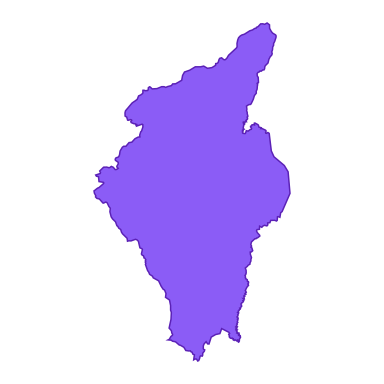 Renacimiento, Chiriquí, Panama
{"feature_id": "35544464B69135506248692", "entity_name": "Renacimiento", "entity_type": "district", "adm_level": 2, "iso_a3": "PAN", "parent_name": "Panama", "parent_adm1": "Chiriquí", "projection": "natural_earth1", "projection_center": [-82.783, 8.748], "detail": "fine", "context": "isolated", "style": "filled", "palette": "violet", "viewbox_px": 384, "rotation_deg": 0, "n_neighbors": 0, "source": "geoboundaries", "source_scale": "gbopen_adm2", "svg_char_len": 6016}
<svg xmlns="http://www.w3.org/2000/svg" viewBox="0 0 384 384"><path d="M269.5,24.8L267.1,23.0L264.7,24.3L262.8,23.8L260.6,23.9L258.0,26.7L256.5,27.3L256.3,28.0L254.4,28.6L252.6,29.9L249.8,30.8L244.4,34.2L241.8,35.0L240.2,36.0L238.6,37.7L237.7,40.0L237.0,43.4L237.1,46.7L236.5,47.9L228.6,55.2L226.9,58.1L225.4,59.6L224.5,59.8L223.6,59.5L221.6,57.8L219.8,58.3L219.1,59.3L218.1,62.6L216.8,63.5L215.7,63.6L215.5,65.4L211.9,67.6L207.5,68.3L203.7,66.1L200.6,66.8L195.3,66.8L189.7,70.2L184.5,72.0L182.6,75.4L181.7,80.3L175.6,83.8L172.7,83.9L171.4,85.6L167.5,86.6L165.8,87.4L164.1,86.7L161.6,86.7L157.0,88.6L152.2,88.9L150.2,87.0L149.5,86.8L148.3,87.8L148.3,89.3L147.7,90.5L145.1,90.7L144.0,90.2L142.9,90.3L142.9,92.8L142.6,93.5L140.8,94.9L138.6,95.9L137.2,99.4L132.1,103.0L125.5,110.8L125.0,112.9L125.1,116.1L126.7,117.1L127.6,120.1L128.2,120.3L130.6,119.6L131.5,119.9L131.7,120.5L130.8,121.7L131.2,122.6L133.9,123.7L135.7,123.9L135.8,124.9L136.8,124.7L136.6,126.1L142.1,124.2L142.8,124.6L142.9,126.9L141.6,130.9L140.7,131.9L139.7,135.1L139.9,136.9L138.1,137.1L135.0,138.7L131.8,142.2L129.0,142.6L125.9,146.3L123.6,146.3L122.3,147.3L120.1,151.0L119.5,154.9L118.8,156.5L118.2,157.1L116.1,157.8L115.5,158.4L115.2,159.7L115.5,160.4L118.2,162.3L118.2,163.9L116.8,166.3L117.0,167.2L118.2,168.3L117.6,168.8L116.1,169.6L115.2,169.6L113.3,167.3L111.3,166.4L109.9,167.5L108.9,167.7L106.7,167.1L103.6,167.2L99.7,171.0L100.5,172.6L100.2,173.5L95.7,175.0L96.4,176.2L98.5,176.7L99.0,181.6L103.3,182.3L103.8,183.0L103.2,183.9L98.9,187.6L97.6,188.1L94.0,190.9L94.4,193.2L95.8,195.8L95.5,196.9L96.9,198.4L99.4,199.0L102.9,203.0L103.6,203.1L105.6,202.1L106.7,202.4L107.3,203.1L108.8,206.3L110.3,208.3L109.9,211.8L111.2,216.9L112.6,219.0L115.5,221.8L116.9,225.7L117.8,226.4L118.8,228.2L120.7,229.5L121.5,232.2L122.6,233.9L127.1,238.3L127.5,241.2L128.9,240.8L131.0,240.9L135.5,239.3L136.9,239.8L138.4,241.3L139.9,247.8L142.0,248.8L142.4,249.5L141.4,254.0L142.3,255.3L143.4,255.7L144.0,257.2L143.9,257.8L144.8,258.2L145.8,259.8L145.3,260.9L145.7,261.4L145.3,262.2L145.8,263.3L145.4,264.4L147.6,270.6L148.7,272.1L149.6,274.3L152.5,276.2L153.2,277.8L158.6,280.8L161.2,286.3L163.2,289.3L164.4,289.9L164.8,290.6L166.0,293.6L165.5,297.3L169.5,300.0L170.6,305.6L170.6,310.2L171.3,312.2L171.3,313.4L171.0,319.3L169.1,328.1L171.4,330.7L171.8,333.0L172.6,334.3L172.4,335.3L170.9,336.5L169.3,339.3L168.1,339.9L171.2,340.2L172.5,341.2L175.5,341.8L179.2,345.0L180.5,345.3L183.9,347.3L185.8,350.5L189.1,351.0L190.3,350.8L191.1,351.9L192.1,352.2L192.8,354.1L194.4,354.8L193.7,359.8L194.9,359.1L196.1,359.0L196.7,359.3L197.7,361.0L198.7,360.6L199.5,358.8L200.1,356.3L200.6,355.9L202.3,356.1L202.7,355.2L202.7,353.3L204.4,351.1L204.7,349.8L203.6,349.3L203.3,348.8L203.3,345.9L204.1,343.9L206.1,341.7L207.6,343.9L209.0,344.0L211.2,337.1L215.7,334.5L219.9,333.6L221.7,328.6L228.9,332.3L229.6,333.5L228.7,334.3L229.5,336.1L229.2,336.8L230.3,338.1L231.5,338.4L232.1,338.1L232.5,338.7L233.2,338.7L233.2,339.8L234.2,340.4L234.9,339.7L236.9,341.0L237.3,340.0L237.8,339.9L238.0,340.3L237.7,341.1L238.7,341.3L238.3,342.7L239.3,341.2L239.5,339.0L240.5,337.4L240.3,335.8L239.4,335.8L239.2,335.1L238.6,335.2L238.6,334.5L239.3,334.4L238.9,333.0L237.7,333.5L236.8,333.0L237.4,332.3L236.8,331.7L237.0,331.0L236.2,330.6L236.2,330.1L237.0,329.7L236.0,329.2L236.6,328.6L236.0,328.0L236.6,327.8L236.4,327.2L237.1,327.2L237.4,326.8L236.3,326.3L236.9,326.0L236.6,325.0L237.3,324.2L236.9,323.3L237.8,322.5L237.3,321.6L237.8,320.2L237.4,319.3L238.2,318.9L237.9,317.6L237.4,317.5L237.5,317.0L237.1,316.8L238.0,315.5L237.7,314.6L238.2,314.2L238.7,312.9L237.7,312.5L238.3,311.9L238.3,311.0L239.1,310.6L239.3,309.6L240.1,309.2L239.8,308.2L240.5,308.3L240.9,307.0L241.6,306.4L241.3,305.8L241.6,305.2L241.2,304.9L241.0,303.9L241.9,302.7L242.5,302.6L243.3,301.6L242.9,300.6L243.8,300.5L244.0,299.3L243.3,298.6L244.3,298.7L243.9,296.7L244.7,296.3L244.1,295.6L245.8,294.3L245.0,293.6L246.2,292.6L245.7,292.0L246.0,291.4L245.3,290.5L246.8,287.4L248.5,285.3L248.0,284.6L248.3,284.1L248.0,283.3L248.6,282.8L248.4,281.6L247.4,281.3L247.2,279.6L245.7,278.8L245.8,278.2L245.3,277.8L245.4,276.1L245.0,275.4L245.8,274.5L245.7,274.0L246.2,273.1L246.1,270.3L245.3,268.0L247.5,266.2L247.9,265.4L250.0,264.1L250.0,262.9L250.9,261.0L250.9,259.4L251.5,257.6L250.4,254.4L250.2,252.1L251.5,251.9L252.7,250.7L251.9,247.9L250.9,247.1L251.6,246.1L250.8,244.5L251.5,241.9L254.9,238.7L255.9,238.8L256.5,238.1L257.5,237.9L259.8,236.1L259.7,235.3L257.4,232.7L256.5,230.9L257.0,229.6L259.4,229.3L259.6,226.2L261.8,227.3L263.0,226.0L264.4,225.3L266.9,225.9L267.8,224.9L267.7,222.9L269.9,222.7L270.7,220.4L274.6,220.3L276.5,221.0L277.2,220.4L277.5,216.7L278.3,216.6L279.9,217.3L280.7,212.7L282.1,211.6L290.0,193.4L288.1,171.8L284.3,165.5L274.0,156.8L271.3,150.9L269.2,133.4L267.9,132.5L266.5,133.3L265.8,133.2L265.6,132.6L266.1,131.0L265.6,130.2L262.2,128.6L260.8,128.6L261.2,127.7L258.9,127.1L258.4,125.1L257.7,124.5L254.9,123.0L254.3,123.2L254.5,124.9L253.6,124.6L251.9,124.9L251.5,126.0L250.6,126.2L250.5,126.9L251.6,128.3L251.3,129.3L250.1,129.6L248.2,131.1L246.3,130.7L245.6,133.0L245.0,133.6L242.9,133.3L242.5,132.8L242.8,132.1L242.4,131.1L243.2,130.8L242.7,130.0L244.1,129.2L243.3,128.6L243.2,127.9L243.7,125.2L244.7,124.0L244.4,123.5L244.0,124.1L243.6,124.0L243.2,122.2L244.0,121.9L244.8,122.7L245.5,121.7L246.4,121.7L245.9,120.7L246.5,120.4L246.5,119.6L247.4,119.2L247.6,118.1L247.1,117.1L247.9,116.2L247.2,113.5L247.2,112.3L246.6,110.7L246.9,109.2L246.5,106.1L248.8,104.6L250.3,104.5L251.1,103.9L253.3,99.3L254.4,95.6L256.3,93.2L256.2,91.3L257.1,89.2L257.4,85.4L257.7,84.9L257.1,83.6L257.4,83.0L258.3,82.9L258.5,82.5L258.2,77.3L257.3,76.0L257.1,73.6L258.0,72.4L259.3,71.9L259.9,71.1L261.4,71.1L262.6,70.0L264.0,69.9L264.6,68.8L264.8,66.8L265.3,65.7L268.0,63.0L268.9,59.3L270.3,56.6L271.6,55.3L272.2,53.8L271.8,51.8L272.5,49.8L272.7,47.0L273.6,45.3L273.6,43.5L274.7,41.4L276.0,37.4L276.1,35.9L275.6,34.9L272.5,33.0L271.2,31.3L269.6,28.3L269.5,24.8Z" fill="#8b5cf6" stroke="#5b21b6" stroke-width="1.5"/></svg>